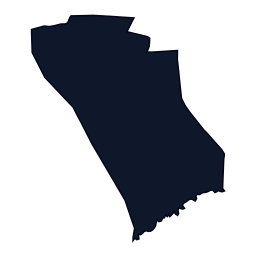 outline of Lapão, Bahia, Brazil
{"feature_id": "56859067B74000999905797", "entity_name": "Lapão", "entity_type": "district", "adm_level": 2, "iso_a3": "BRA", "parent_name": "Brazil", "parent_adm1": "Bahia", "projection": "natural_earth1", "projection_center": [-41.751, -11.522], "detail": "fine", "context": "isolated", "style": "filled", "palette": "ink", "viewbox_px": 256, "rotation_deg": 0, "n_neighbors": 0, "source": "geoboundaries", "source_scale": "gbopen_adm2", "svg_char_len": 1515}
<svg xmlns="http://www.w3.org/2000/svg" viewBox="0 0 256 256"><path d="M177.5,50.5L152.6,52.1L146.7,52.1L147.7,50.2L148.5,48.2L149.2,46.3L149.5,42.3L149.7,38.2L147.5,36.7L126.9,31.7L129.8,26.0L133.9,17.9L122.6,17.2L111.2,16.4L93.3,15.4L71.0,15.9L69.8,17.6L69.0,19.6L68.2,21.7L67.1,23.2L65.0,23.9L63.1,24.0L61.2,24.0L59.5,24.4L57.8,24.8L55.6,25.4L53.9,25.8L51.7,26.2L48.8,26.6L46.2,26.2L43.7,26.1L41.4,26.8L31.5,29.5L32.2,52.5L44.9,77.4L69.1,103.0L73.1,107.1L75.6,112.1L76.6,114.1L81.0,122.3L90.8,141.5L91.9,143.7L111.7,177.4L125.1,200.3L131.7,219.9L134.6,228.2L133.1,237.3L133.0,240.6L134.8,238.2L136.7,239.7L138.9,239.0L138.3,234.7L140.8,234.5L142.4,233.5L144.0,231.5L146.3,230.7L148.3,231.4L150.7,231.1L152.8,229.7L154.4,227.8L155.6,225.8L156.1,222.7L157.4,219.6L159.0,221.7L161.5,220.8L162.5,218.1L164.3,217.9L165.7,214.9L167.2,216.6L168.5,214.9L169.8,216.7L171.4,215.1L172.9,213.4L174.3,211.8L175.4,214.0L177.6,215.4L178.6,213.5L178.0,210.4L178.4,208.4L180.5,208.4L182.6,209.1L184.5,208.4L182.4,205.2L183.7,203.1L185.7,202.1L188.1,200.3L190.1,199.0L192.4,199.4L195.2,201.0L196.6,198.7L195.9,196.6L196.7,194.4L199.7,194.5L202.2,192.8L205.7,192.3L208.0,191.6L210.1,190.4L212.5,189.9L215.0,192.5L216.9,191.6L218.3,190.5L220.2,191.4L222.1,191.8L224.5,190.9L222.6,188.5L223.7,159.4L224.1,156.7L224.3,153.9L221.8,149.8L206.4,132.5L203.9,130.0L190.0,112.5L188.8,111.0L187.6,109.2L184.7,104.9L181.5,98.3L181.2,95.8L179.7,81.8L178.6,71.1L177.3,59.0L177.5,50.5Z" fill="#0f172a" stroke="#020617" stroke-width="1.5"/></svg>